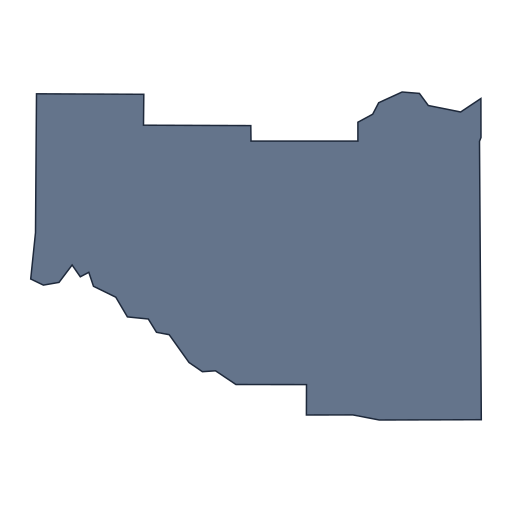 the district of Madison, Idaho, United States of America
{"feature_id": "52423323B1812504540998", "entity_name": "Madison", "entity_type": "district", "adm_level": 2, "iso_a3": "USA", "parent_name": "United States of America", "parent_adm1": "Idaho", "projection": "orthographic", "projection_center": [-111.697, 43.776], "detail": "fine", "context": "isolated", "style": "filled", "palette": "slate", "viewbox_px": 512, "rotation_deg": 0, "n_neighbors": 0, "source": "geoboundaries", "source_scale": "gbopen_adm2", "svg_char_len": 585}
<svg xmlns="http://www.w3.org/2000/svg" viewBox="0 0 512 512"><path d="M480.9,98.5L460.6,112.0L428.3,105.5L419.4,93.4L402.1,92.0L378.7,102.7L372.7,114.2L357.9,122.2L357.9,141.1L251.0,141.1L250.8,125.6L143.5,125.2L143.8,94.3L36.5,93.8L35.5,232.7L30.7,279.0L43.4,285.1L59.0,282.4L72.1,265.0L80.3,276.8L88.8,272.3L93.5,286.3L115.8,297.2L127.4,316.9L148.3,319.0L156.5,332.3L169.2,334.7L189.0,362.5L202.4,371.7L215.5,370.8L235.9,384.5L306.5,384.6L306.4,415.0L352.8,414.9L379.3,420.0L481.3,419.7L479.5,141.3L481.0,137.5L480.9,98.5Z" fill="#64748b" stroke="#1e293b" stroke-width="1.5"/></svg>